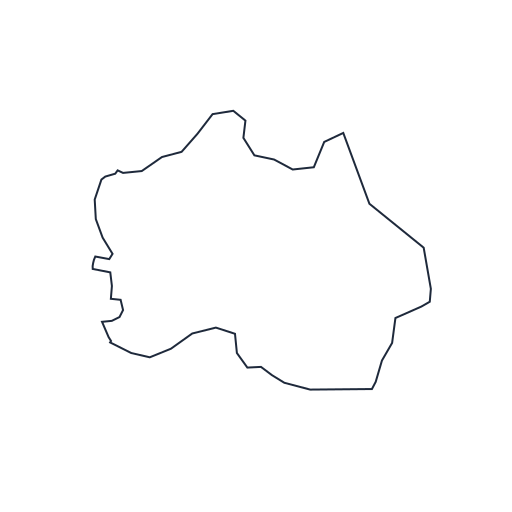 Edineţ, Equal Earth projection, rotated 32°
{"feature_id": "MDA-1615", "entity_name": "Edineţ", "entity_type": "District", "adm_level": 1, "iso_a3": "MDA", "parent_name": "Moldova", "parent_adm1": "", "projection": "equal_earth", "projection_center": [27.238, 48.122], "detail": "fine", "context": "isolated", "style": "outline", "palette": "slate", "viewbox_px": 512, "rotation_deg": 32, "n_neighbors": 0, "source": "natural_earth", "source_scale": "10m", "svg_char_len": 927}
<svg xmlns="http://www.w3.org/2000/svg" viewBox="0 0 512 512"><g transform="rotate(32 256 256)"><path d="M124.4,353.5L122.8,351.1L121.6,348.2L120.6,345.1L120.0,341.6L133.2,336.4L133.2,330.2L116.2,321.7L100.6,309.6L89.3,293.6L84.4,273.1L86.1,268.5L93.0,260.8L93.3,256.7L99.2,256.0L114.1,244.5L123.8,221.9L137.7,207.1L141.6,183.3L144.0,158.7L159.8,144.9L175.3,146.8L182.7,162.5L201.3,171.5L220.2,164.6L241.3,163.2L258.0,150.1L253.4,123.1L264.8,105.4L324.5,151.6L393.8,160.1L421.7,191.2L427.6,202.7L423.0,211.3L407.1,234.7L417.5,257.6L418.2,277.9L424.2,299.3L424.8,307.4L372.7,340.6L347.2,348.5L332.7,348.6L319.0,347.4L307.8,355.2L291.2,348.4L279.4,333.1L259.9,338.0L243.0,355.5L233.0,379.7L219.6,398.2L201.6,404.4L183.2,406.1L178.1,406.6L178.1,404.9L174.0,402.9L160.3,393.4L168.1,387.4L172.6,380.1L171.9,372.3L164.4,364.9L155.6,369.2L149.7,357.8L141.1,347.1L124.4,353.5Z" fill="none" stroke="#1e293b" stroke-width="2"/></g></svg>